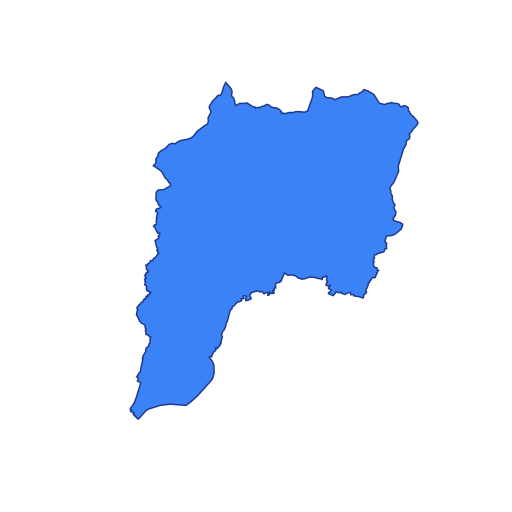 outline of Phrom Khiri, Nakhon Si Thammarat, Thailand, rotated 110°
{"feature_id": "78962969B66960801991597", "entity_name": "Phrom Khiri", "entity_type": "district", "adm_level": 2, "iso_a3": "THA", "parent_name": "Thailand", "parent_adm1": "Nakhon Si Thammarat", "projection": "orthographic", "projection_center": [99.833, 8.549], "detail": "fine", "context": "isolated", "style": "filled", "palette": "blue", "viewbox_px": 512, "rotation_deg": 110, "n_neighbors": 0, "source": "geoboundaries", "source_scale": "gbopen_adm2", "svg_char_len": 6119}
<svg xmlns="http://www.w3.org/2000/svg" viewBox="0 0 512 512"><g transform="rotate(110 256 256)"><path d="M206.3,383.3L207.9,376.4L209.1,373.3L213.8,367.9L214.8,365.2L216.7,363.1L217.1,361.6L219.0,360.2L224.6,364.9L225.5,366.0L227.4,370.4L229.1,371.3L231.0,371.4L237.5,369.2L239.1,366.7L241.5,364.8L242.3,362.1L243.8,362.7L245.7,365.4L246.9,365.8L248.4,365.6L248.5,363.8L249.0,363.3L254.5,362.5L254.8,362.0L257.9,361.6L259.5,360.5L260.6,360.7L261.5,361.9L263.0,362.5L264.0,360.3L267.1,357.7L267.2,356.8L268.1,356.1L267.5,354.8L267.7,354.0L269.8,354.1L270.7,354.7L271.9,353.7L272.8,353.6L276.0,356.1L281.7,352.4L282.7,350.9L284.5,351.2L284.9,349.6L285.5,349.9L286.2,349.5L286.7,348.3L287.4,348.4L288.0,349.2L289.2,349.2L292.6,350.4L293.3,351.5L295.6,351.5L296.1,352.0L296.3,353.6L297.4,353.4L299.7,354.1L300.2,354.9L301.9,355.4L301.9,355.9L302.5,356.4L304.0,355.1L306.0,354.3L306.1,353.5L306.8,353.1L306.9,352.0L307.5,352.5L308.1,352.0L308.8,352.5L309.1,353.4L310.2,353.0L311.8,353.9L311.9,353.4L313.8,352.9L314.1,351.8L315.1,351.8L315.9,352.7L316.5,352.0L317.9,351.7L318.1,350.9L321.0,350.8L321.4,349.6L322.4,348.0L323.7,348.1L325.8,346.8L326.2,342.5L327.2,343.1L328.1,342.8L329.6,344.4L331.2,343.8L331.4,345.5L334.1,344.9L334.3,346.2L335.1,346.1L335.8,346.8L338.2,346.7L338.8,347.9L341.7,348.9L342.4,349.5L343.5,349.3L344.7,350.3L346.8,349.4L347.0,348.7L349.4,348.8L352.6,348.0L352.7,347.3L354.3,345.9L354.6,344.8L355.7,344.5L356.1,343.8L357.1,343.3L357.2,342.3L358.3,340.8L358.6,337.2L359.1,336.6L361.5,335.5L362.3,334.2L364.0,334.5L365.9,332.9L367.3,332.6L367.2,329.5L368.2,328.9L368.3,327.1L370.8,327.1L372.7,326.1L374.4,326.0L374.7,326.3L377.8,326.3L379.0,326.8L379.5,327.6L381.9,327.6L383.8,326.9L387.9,327.9L391.3,327.7L391.6,327.0L401.5,325.7L403.1,325.1L410.5,326.8L410.7,324.7L414.0,324.7L414.6,320.9L429.7,320.1L435.3,320.2L442.7,321.9L442.8,321.4L443.7,321.1L443.6,320.1L444.9,320.6L445.0,319.0L445.6,317.9L445.0,317.0L447.0,317.0L447.4,314.9L448.2,314.7L448.3,313.3L449.1,312.6L449.4,310.7L439.0,306.5L436.6,304.7L429.3,295.2L424.6,286.1L420.4,270.9L419.3,269.9L413.8,266.5L407.0,263.0L391.1,256.6L387.2,255.2L384.9,254.9L380.5,255.3L373.0,258.2L369.4,261.6L367.7,264.6L366.7,265.3L366.2,264.7L365.7,263.1L364.9,263.6L363.4,263.0L361.8,263.5L359.4,262.0L357.4,261.6L356.1,262.5L356.0,260.7L352.5,259.3L351.7,259.5L350.3,259.0L349.5,259.7L348.8,259.2L346.8,259.9L345.5,259.7L343.1,260.2L342.1,261.4L338.8,261.6L336.3,260.7L332.6,260.4L329.6,261.1L327.7,260.6L315.7,261.6L313.6,260.5L312.1,261.0L310.3,259.6L306.6,258.3L303.2,254.5L302.5,254.4L301.8,255.2L301.2,255.2L300.3,253.3L299.8,252.9L298.7,254.2L297.7,254.2L297.3,253.4L297.1,251.1L299.8,251.2L301.5,250.1L298.4,246.2L297.4,246.1L295.3,248.4L292.2,247.9L289.5,244.6L289.2,243.6L288.1,243.0L288.5,240.0L287.6,239.1L287.5,237.6L288.8,235.6L288.0,234.7L287.0,234.3L286.5,233.3L287.3,231.7L288.8,231.5L288.7,230.7L287.4,230.4L285.5,231.3L285.3,230.2L286.0,229.5L286.1,228.7L285.4,227.9L285.1,226.6L284.0,226.5L284.0,227.6L283.4,228.5L281.9,227.7L281.9,227.1L281.3,227.2L281.2,227.7L280.2,227.9L279.3,227.3L279.2,226.6L275.8,228.1L274.2,227.2L272.7,224.9L271.1,224.7L271.4,223.9L262.3,223.5L263.2,219.2L261.5,216.1L261.2,211.5L262.2,209.2L262.1,205.0L260.3,201.8L258.9,200.5L257.4,198.1L255.9,193.0L256.0,190.2L255.6,189.6L255.3,185.8L253.2,186.3L252.4,184.3L250.7,183.7L251.1,182.2L254.5,181.5L256.0,179.9L257.8,180.5L259.6,180.1L259.3,177.7L258.2,176.4L259.7,176.4L261.0,177.0L261.8,176.7L261.9,174.4L262.4,173.7L263.7,173.8L265.7,175.3L266.6,174.9L266.8,169.9L264.6,169.0L262.4,168.6L262.2,165.6L260.9,163.8L261.5,163.5L261.4,162.7L261.8,162.4L261.8,159.4L258.9,156.9L258.1,154.8L259.9,153.8L259.0,151.2L260.0,150.5L259.0,145.5L258.9,141.1L257.8,140.9L255.7,141.4L252.7,139.7L251.8,140.1L251.6,140.8L249.7,141.3L248.1,140.7L246.7,141.2L245.3,140.6L242.9,141.1L242.1,140.3L241.0,140.8L239.6,139.8L237.1,139.6L236.4,138.9L235.9,137.2L235.3,136.5L232.6,136.8L231.6,136.2L230.3,136.8L229.6,136.3L228.8,136.6L227.7,135.9L227.5,137.5L226.2,138.0L225.8,138.6L226.2,140.0L225.9,141.0L224.5,142.4L223.2,143.1L221.0,143.0L220.1,144.2L218.0,144.5L217.5,143.9L216.8,144.7L214.5,145.0L213.3,143.0L212.3,142.8L210.6,140.3L209.9,140.0L209.7,138.9L208.8,137.9L207.6,137.1L205.1,137.3L204.5,135.8L201.2,137.2L199.2,137.6L199.0,139.6L192.7,140.4L191.1,136.9L189.2,134.1L187.9,132.8L181.2,128.8L177.1,128.7L175.9,129.1L175.2,132.2L175.6,137.8L175.2,139.5L174.2,139.8L169.5,138.9L166.5,139.7L164.1,142.6L163.1,143.0L160.4,142.9L158.5,145.5L156.8,147.0L152.8,148.5L151.2,150.6L148.9,151.5L146.6,153.4L145.1,153.4L139.5,151.6L127.7,150.9L123.1,153.0L105.0,154.0L100.5,153.1L96.8,153.9L95.4,153.5L93.7,152.2L92.6,152.0L90.9,152.4L88.9,153.7L86.4,152.5L83.9,152.0L77.7,149.5L76.3,149.2L75.4,149.5L74.1,150.8L71.7,154.7L69.9,159.3L68.2,160.8L67.4,162.4L64.7,163.6L64.1,164.9L63.9,167.0L64.3,168.8L65.9,170.1L66.1,170.8L65.8,172.1L64.6,173.5L64.3,174.5L64.6,176.4L65.4,178.3L65.3,180.7L68.0,185.0L69.8,187.1L69.9,189.9L70.4,192.1L64.0,200.3L62.7,206.8L62.6,211.3L63.2,211.8L65.3,212.3L67.2,214.2L69.4,215.5L70.8,219.2L75.0,223.9L77.3,230.2L82.1,235.2L81.6,239.0L82.8,242.8L82.9,244.6L82.0,246.4L77.7,249.3L77.0,257.4L82.0,259.2L84.7,258.0L87.9,257.2L102.1,257.1L104.3,259.7L106.0,266.3L107.1,268.6L108.4,269.9L109.1,272.2L109.8,273.0L109.8,274.1L112.0,276.8L112.6,279.7L113.3,280.7L111.6,281.5L110.3,284.1L109.9,287.8L110.5,289.6L110.7,292.5L110.1,294.8L109.7,295.4L109.7,297.4L111.1,298.9L112.2,299.3L112.9,301.1L114.8,302.8L116.0,305.5L117.2,306.9L117.2,307.3L116.3,308.0L116.8,308.7L116.7,310.3L115.2,317.1L116.5,318.8L118.2,323.6L121.4,326.1L120.3,327.7L117.3,329.3L115.4,331.0L113.8,333.8L109.5,334.8L107.8,336.2L106.4,338.0L103.3,343.8L107.9,344.3L113.2,343.9L116.9,344.2L117.5,344.8L117.7,346.1L118.9,347.1L121.9,348.1L124.8,349.6L130.9,351.0L132.6,350.7L136.0,347.5L142.6,348.3L145.9,346.8L148.5,346.7L152.3,349.7L158.7,353.8L165.0,355.9L167.6,357.7L169.3,359.7L173.6,366.8L176.8,369.6L178.3,370.4L178.7,373.2L180.9,375.9L186.0,378.0L189.7,381.3L192.8,382.9L196.0,382.4L199.1,383.3L202.9,381.8L206.3,383.3Z" fill="#3b82f6" stroke="#1e3a8a" stroke-width="1.5"/></g></svg>